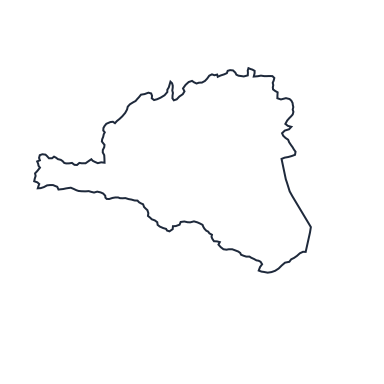 the district of Trajano de Moraes, Rio de Janeiro, Brazil, rotated 60°
{"feature_id": "56859067B81893048284321", "entity_name": "Trajano de Moraes", "entity_type": "district", "adm_level": 2, "iso_a3": "BRA", "parent_name": "Brazil", "parent_adm1": "Rio de Janeiro", "projection": "equal_earth", "projection_center": [-42.183, -22.156], "detail": "fine", "context": "isolated", "style": "outline", "palette": "slate", "viewbox_px": 384, "rotation_deg": 60, "n_neighbors": 0, "source": "geoboundaries", "source_scale": "gbopen_adm2", "svg_char_len": 3669}
<svg xmlns="http://www.w3.org/2000/svg" viewBox="0 0 384 384"><g transform="rotate(60 192 192)"><path d="M88.1,310.8L90.6,311.1L92.5,311.8L94.9,311.5L96.5,315.6L97.4,318.6L99.9,319.4L101.8,321.5L103.8,323.3L106.3,321.1L108.7,320.3L110.0,321.9L111.7,323.7L113.0,321.1L113.7,317.8L113.8,314.2L115.0,311.5L116.6,308.8L118.5,307.4L120.1,306.1L123.1,306.4L125.0,302.1L125.9,299.3L126.8,297.0L127.7,294.8L130.1,293.0L132.7,291.2L134.4,289.7L136.1,287.3L138.2,283.9L139.6,281.0L141.3,279.4L143.5,277.1L144.3,273.9L146.7,271.3L148.9,269.7L151.8,269.0L153.6,269.8L155.4,269.3L156.7,267.1L157.4,263.8L158.4,261.1L159.8,258.7L161.4,257.4L162.8,255.1L164.0,252.7L166.4,250.5L168.3,248.2L170.6,246.0L172.2,243.5L174.4,243.0L176.3,241.9L178.2,240.5L181.0,241.0L183.3,240.4L185.4,239.7L188.5,240.4L190.7,242.1L193.3,241.1L195.5,240.5L198.0,238.4L200.8,237.2L203.3,238.2L205.8,237.2L208.8,235.0L211.0,232.9L212.9,232.9L214.8,231.2L214.5,227.3L212.1,225.6L213.4,223.1L214.1,219.1L212.3,216.8L213.7,213.4L216.0,210.9L217.4,208.7L218.4,205.0L221.0,202.5L223.2,200.9L225.7,199.3L227.7,199.6L229.9,199.6L232.6,199.0L234.4,197.8L236.5,197.6L239.0,196.1L240.6,197.5L242.6,197.8L245.6,197.6L247.3,195.0L249.3,193.0L250.8,195.4L254.1,194.7L257.3,193.4L259.2,191.0L260.0,188.7L261.7,185.8L264.1,183.8L266.7,181.7L268.9,180.7L270.8,180.9L273.0,179.2L275.1,177.3L276.7,174.5L278.5,173.6L281.0,171.8L283.4,170.4L284.8,168.7L286.7,167.5L289.6,167.4L291.0,170.6L293.4,173.5L295.7,171.6L297.1,169.8L299.7,166.8L301.1,163.2L301.8,159.4L301.6,155.2L300.5,151.1L299.7,146.8L301.1,142.6L299.9,139.8L300.1,136.6L299.8,133.0L299.0,129.2L299.3,125.7L300.7,123.5L286.1,110.1L281.8,106.6L246.0,107.2L240.3,107.1L231.0,105.0L227.9,104.4L208.1,97.9L208.6,94.5L209.8,91.2L210.7,87.7L211.3,84.2L208.9,82.2L206.2,82.5L203.5,82.5L200.7,82.8L197.4,83.0L194.8,82.6L191.9,84.0L188.8,84.9L186.1,84.6L185.2,80.9L186.2,76.6L185.2,73.4L182.7,75.9L179.7,77.1L177.7,73.8L176.7,70.9L176.0,68.3L175.2,66.0L173.3,64.1L171.0,63.6L169.1,61.8L167.1,61.2L165.2,60.4L162.6,60.3L160.3,61.0L157.7,63.7L156.3,68.7L153.5,71.2L150.9,69.6L148.5,68.0L146.2,69.4L143.7,70.5L141.8,69.7L140.1,68.2L137.8,67.5L136.4,65.6L134.4,63.7L131.9,64.4L130.6,66.4L129.2,69.0L127.7,71.6L125.7,74.1L124.6,77.2L122.9,80.8L120.4,78.4L118.4,77.2L116.2,78.5L114.7,79.9L113.0,81.2L114.7,83.0L116.6,83.9L118.9,85.4L117.8,89.4L116.2,91.4L114.5,93.6L112.6,94.9L110.2,94.8L107.2,95.7L105.5,98.1L104.9,100.5L106.5,102.4L106.2,105.3L105.4,109.0L105.1,112.1L102.9,111.5L102.1,114.2L100.1,115.9L99.9,118.9L101.4,122.2L102.3,125.3L102.2,128.7L100.8,131.3L100.3,133.8L98.0,135.4L95.8,136.4L95.1,139.9L96.0,144.0L97.8,148.0L101.1,148.2L102.7,151.1L103.0,155.2L104.1,158.9L103.5,161.9L101.1,162.1L98.7,160.6L96.7,159.0L94.2,158.3L92.1,156.6L90.3,155.5L87.9,154.9L85.7,155.5L87.6,157.5L89.8,159.8L91.1,162.2L93.1,163.4L94.5,167.4L94.6,172.1L94.2,175.9L93.4,178.9L90.7,180.0L88.7,178.5L86.2,178.1L84.2,180.1L83.5,184.1L82.2,187.5L83.4,190.6L84.1,192.9L85.0,195.4L84.9,198.0L85.0,201.9L86.0,205.0L88.1,207.0L90.1,210.3L91.6,214.5L92.5,218.3L93.0,221.6L93.9,224.3L91.6,225.4L90.6,227.8L90.1,232.1L91.1,234.7L92.3,236.7L94.4,238.1L96.7,237.7L97.9,239.6L99.8,241.3L101.4,243.4L103.2,244.8L105.5,244.5L107.4,244.2L109.3,245.6L111.0,248.2L113.1,249.5L116.2,249.6L119.4,251.2L122.9,253.1L120.9,255.8L119.9,259.2L117.3,261.1L115.3,262.4L113.3,262.8L113.5,265.6L113.9,269.8L112.1,273.0L110.5,275.0L111.1,278.1L109.7,280.2L106.8,281.4L105.8,284.0L104.4,286.6L103.0,288.1L100.6,288.6L98.5,289.6L96.5,291.7L94.3,292.6L92.4,293.8L92.8,296.4L91.3,299.0L88.4,299.6L86.4,300.2L84.5,302.7L84.0,305.4L86.0,307.4L88.5,307.9L88.1,310.8Z" fill="none" stroke="#1e293b" stroke-width="2"/></g></svg>